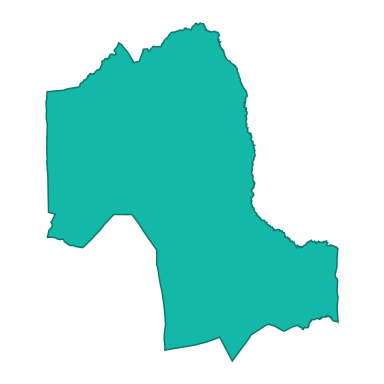 the district of Simanjiro, Manyara, United Republic of Tanzania
{"feature_id": "72390352B2790991966076", "entity_name": "Simanjiro", "entity_type": "district", "adm_level": 2, "iso_a3": "TZA", "parent_name": "United Republic of Tanzania", "parent_adm1": "Manyara", "projection": "robinson", "projection_center": [37.302, -4.321], "detail": "fine", "context": "isolated", "style": "filled", "palette": "teal", "viewbox_px": 384, "rotation_deg": 0, "n_neighbors": 0, "source": "geoboundaries", "source_scale": "gbopen_adm2", "svg_char_len": 5905}
<svg xmlns="http://www.w3.org/2000/svg" viewBox="0 0 384 384"><path d="M118.5,42.9L118.1,45.1L116.4,47.8L114.4,49.8L114.2,50.5L116.2,54.1L115.5,54.8L114.2,55.1L113.8,55.1L113.2,54.2L111.6,54.1L110.1,54.6L109.7,55.2L109.7,56.8L109.2,56.7L109.0,57.9L108.6,57.6L107.1,59.4L107.0,58.8L106.5,58.7L104.7,59.0L104.5,59.9L101.9,61.4L102.1,64.1L101.7,66.0L101.1,66.1L100.7,66.9L100.5,68.4L99.6,68.9L99.2,69.8L97.7,69.7L96.9,70.3L95.4,71.7L94.9,73.0L94.0,73.7L93.2,73.5L92.4,74.5L90.6,73.5L90.0,73.6L89.4,74.3L89.4,75.0L87.9,75.9L87.9,77.3L87.4,77.3L86.6,78.8L85.2,79.9L84.0,80.0L83.3,81.5L80.4,83.7L79.8,85.0L80.1,86.0L78.5,87.1L68.2,88.7L63.4,90.3L47.2,91.7L46.7,99.1L46.0,102.1L46.5,109.9L46.2,118.2L47.3,124.1L47.1,134.7L46.7,137.2L47.0,144.1L46.6,146.1L47.0,150.9L46.8,153.9L47.2,158.4L46.8,162.2L47.9,176.8L48.5,212.3L55.3,214.1L54.6,215.1L52.7,219.9L50.9,222.4L52.1,223.5L52.1,226.7L48.9,230.6L47.4,237.4L52.6,237.3L55.5,237.8L57.2,238.9L59.6,239.6L62.8,239.0L64.1,240.3L64.2,241.6L69.2,245.1L71.0,245.6L73.5,245.4L75.0,246.4L82.2,247.6L83.3,247.2L91.5,239.2L100.1,230.0L104.3,224.6L113.7,214.5L132.1,214.6L139.9,225.3L143.9,231.8L156.8,250.2L156.7,264.7L157.6,267.0L160.0,282.7L162.1,292.2L164.1,306.1L164.9,314.5L165.5,325.2L164.3,334.3L164.2,339.9L165.0,346.3L164.8,350.1L195.0,345.0L207.5,341.7L219.7,337.2L232.3,361.0L249.6,337.5L250.9,335.0L267.0,324.5L269.2,324.5L274.7,326.1L282.9,330.8L284.3,331.1L292.8,326.7L297.9,325.3L299.1,326.5L301.8,327.9L302.4,329.3L303.4,329.4L303.7,328.3L304.5,327.6L306.9,327.8L308.1,327.5L308.5,325.9L308.7,326.0L308.5,324.8L309.3,323.9L309.2,323.1L310.3,322.1L310.6,320.8L311.3,320.9L311.2,320.3L311.7,320.1L311.9,319.4L314.5,319.8L315.7,318.8L318.8,318.4L319.0,319.2L319.5,319.2L320.1,318.7L320.9,318.8L321.1,317.4L321.9,317.8L322.1,317.1L323.8,316.7L325.1,317.2L326.5,315.6L326.4,316.4L326.7,316.8L327.9,316.6L328.4,316.0L330.6,317.0L330.4,317.4L330.9,317.4L331.0,318.0L331.6,318.2L331.5,318.9L332.4,320.1L332.8,320.0L333.1,320.5L334.7,321.4L335.4,321.2L336.6,321.6L337.3,321.2L338.0,321.9L337.1,307.4L338.0,297.5L337.0,291.3L337.6,280.4L337.2,278.9L335.7,277.5L334.9,275.4L337.0,267.0L337.0,259.4L337.8,248.3L337.0,248.1L336.2,246.9L334.9,246.8L332.4,245.3L331.5,245.3L330.8,245.9L330.4,245.1L327.7,245.9L326.8,245.5L326.9,243.5L327.8,243.0L326.7,242.1L326.6,241.0L325.4,241.3L324.8,242.0L324.2,241.5L323.4,241.6L323.0,242.7L321.3,242.1L320.3,242.7L318.8,241.4L318.3,242.1L317.3,242.2L316.4,243.3L316.1,242.3L315.4,242.6L314.4,241.2L312.9,242.2L311.3,240.3L310.2,241.5L309.5,241.2L309.2,241.7L308.4,241.7L306.6,243.1L306.7,243.7L305.6,245.1L304.3,245.3L302.3,247.1L301.7,246.6L300.9,247.4L300.4,246.8L299.8,247.4L299.2,246.4L298.7,246.5L297.4,245.2L296.6,246.1L296.5,247.3L294.7,244.3L294.0,242.2L292.6,242.5L292.1,241.2L290.1,241.2L290.3,240.3L289.9,239.9L289.7,238.8L289.0,238.4L289.2,239.1L287.7,238.3L287.7,237.5L286.8,237.1L285.9,237.3L285.2,236.5L284.8,236.5L285.0,235.4L284.2,232.8L282.2,231.9L282.2,231.2L281.7,231.4L280.8,230.8L280.2,231.0L280.2,230.4L279.2,229.6L277.1,229.5L274.8,230.7L274.2,229.5L273.5,229.8L273.4,228.9L272.8,228.9L272.4,227.1L270.5,227.0L270.0,225.5L268.3,225.5L268.0,224.5L267.4,224.3L266.6,223.3L267.0,222.6L264.6,221.7L264.6,220.5L261.7,220.3L261.6,219.7L260.8,219.4L260.8,218.7L259.9,217.5L259.2,217.6L259.1,217.2L258.5,217.0L258.7,216.4L257.9,216.1L257.6,215.2L256.7,215.1L256.9,214.1L256.4,213.7L256.2,212.9L255.1,212.3L254.1,209.9L254.2,209.4L253.6,209.1L253.8,208.0L252.4,207.1L252.7,206.6L251.2,203.2L251.4,201.9L251.9,201.6L251.9,201.0L251.4,200.8L251.1,198.2L251.4,197.4L252.3,197.4L252.9,196.1L253.8,195.2L253.4,195.0L253.3,193.7L251.9,191.6L251.5,189.2L252.6,189.0L253.2,187.8L253.9,187.4L253.7,186.4L254.3,185.3L254.0,184.6L254.8,183.7L254.5,182.8L254.1,182.8L254.4,182.2L253.3,181.2L252.8,179.3L253.1,176.1L252.3,175.1L251.6,172.9L251.7,171.4L252.3,170.6L251.9,167.3L253.0,164.9L252.9,163.6L251.9,163.4L251.9,162.8L253.7,160.2L253.5,159.5L254.1,159.0L253.7,158.5L253.9,157.5L254.8,156.8L255.1,155.3L254.6,153.0L254.8,149.9L253.8,148.6L254.0,147.1L253.5,146.0L254.5,145.4L254.0,145.3L252.9,143.4L253.0,141.7L252.1,141.7L252.2,140.9L250.9,139.5L250.9,138.3L251.7,137.6L251.0,134.3L250.5,134.5L250.6,133.5L250.2,133.6L249.7,132.9L249.1,133.3L247.5,131.7L247.9,130.5L247.4,129.0L247.7,128.1L247.3,128.2L246.2,125.5L246.8,124.8L246.4,124.4L246.6,123.5L246.0,122.7L245.7,121.3L246.3,120.4L246.0,119.6L246.8,118.9L246.2,116.7L245.4,116.1L246.6,115.2L247.1,113.1L246.7,111.6L246.0,111.4L245.7,110.1L246.4,109.5L246.3,108.0L245.3,107.3L244.6,107.8L244.0,107.2L244.2,105.7L244.9,105.4L244.4,104.3L245.2,104.4L244.0,103.6L244.2,102.7L245.2,102.9L245.2,102.3L245.7,102.0L245.3,101.3L245.7,100.3L245.4,98.7L246.0,96.8L246.7,96.9L247.2,95.9L246.9,94.0L246.2,91.3L243.2,87.2L240.2,81.0L240.4,79.7L238.9,75.9L238.7,74.6L237.4,71.8L237.0,68.3L236.1,67.5L235.4,65.8L234.8,65.9L233.9,64.7L231.4,63.4L230.3,62.2L230.3,61.6L230.1,61.4L227.6,60.1L226.2,58.7L224.6,55.3L224.4,53.4L223.7,52.3L223.6,50.7L223.3,50.7L222.8,49.5L222.0,49.4L222.2,49.0L220.5,47.2L220.4,45.4L219.4,44.6L220.0,42.8L219.3,42.6L219.7,42.2L219.3,42.3L219.2,41.6L219.0,42.1L218.7,42.0L218.7,40.5L218.1,40.0L218.3,39.7L218.0,39.2L218.3,39.0L217.9,38.7L218.8,35.9L219.5,35.5L218.4,32.9L217.2,32.0L216.0,32.3L214.4,31.2L211.5,32.1L209.7,31.3L209.0,31.6L207.8,30.5L206.2,30.4L206.2,29.1L205.3,29.3L204.8,26.4L203.9,26.2L204.0,24.5L203.4,23.7L201.7,23.8L200.2,23.0L198.4,24.9L197.3,24.3L197.0,23.6L196.0,23.4L195.2,23.8L194.4,25.5L192.7,26.5L190.8,30.1L188.8,29.0L186.3,29.1L185.9,28.0L184.5,28.5L184.0,29.6L182.3,30.6L180.7,30.1L179.4,30.3L177.5,31.2L176.5,31.2L174.9,32.4L174.5,32.0L172.0,32.3L170.6,33.0L169.7,34.5L168.9,35.0L167.8,37.2L164.2,40.4L163.5,42.1L161.7,44.5L161.3,46.6L154.3,46.7L153.4,46.2L148.8,51.5L147.5,48.9L143.4,49.2L142.4,53.0L139.1,61.4L133.4,62.7L132.9,60.7L127.6,52.1L121.0,44.2L118.5,42.9Z" fill="#14b8a6" stroke="#0f766e" stroke-width="1.5"/></svg>